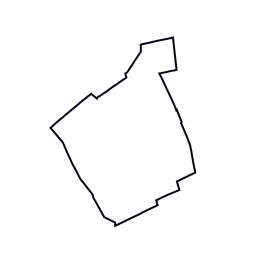 Biled, Timis, Romania (Robinson projection), rotated 103°
{"feature_id": "2599482B65563372669313", "entity_name": "Biled", "entity_type": "district", "adm_level": 2, "iso_a3": "ROU", "parent_name": "Romania", "parent_adm1": "Timis", "projection": "robinson", "projection_center": [20.95, 45.877], "detail": "fine", "context": "isolated", "style": "outline", "palette": "ink", "viewbox_px": 256, "rotation_deg": 103, "n_neighbors": 0, "source": "geoboundaries", "source_scale": "gbopen_adm2", "svg_char_len": 2868}
<svg xmlns="http://www.w3.org/2000/svg" viewBox="0 0 256 256"><g transform="rotate(103 128 128)"><path d="M145.4,203.5L147.7,200.2L150.5,196.5L152.1,194.4L153.8,192.2L156.5,188.5L158.8,186.7L163.3,183.4L165.2,182.0L167.9,179.9L173.3,175.8L175.8,173.9L178.3,171.6L180.7,169.5L182.8,167.7L187.5,163.7L188.0,163.2L188.8,162.4L190.3,160.6L191.0,159.6L194.2,155.7L197.5,151.6L200.7,147.6L203.9,145.9L204.1,145.8L206.6,143.4L210.9,139.5L214.8,136.0L218.8,132.4L219.4,131.8L219.8,131.5L220.2,131.2L220.8,128.7L221.7,124.9L222.7,120.7L223.0,119.2L226.2,118.5L223.1,114.6L220.4,111.3L220.0,110.7L217.2,107.3L215.9,105.6L213.9,103.2L212.9,101.9L210.9,99.4L209.7,97.9L207.1,94.9L205.5,93.0L202.7,89.5L199.7,85.7L197.0,82.3L196.6,81.8L195.2,82.5L193.2,83.7L192.1,84.3L190.6,82.4L187.6,78.6L184.5,74.7L184.1,74.2L180.8,69.5L178.4,66.2L177.8,65.2L176.8,64.0L174.7,65.2L170.5,67.6L169.1,68.3L166.0,64.5L163.2,61.0L162.3,59.9L160.8,58.1L159.1,55.9L157.5,53.9L156.4,52.5L153.1,53.9L146.7,56.8L145.2,57.4L139.8,59.7L136.4,61.1L134.5,61.9L133.6,62.4L131.9,63.1L131.7,63.2L131.0,63.5L130.9,63.5L129.4,64.6L125.6,67.1L122.1,69.4L122.1,69.5L120.6,70.6L117.7,72.7L114.4,75.1L111.7,77.0L111.2,77.4L110.7,77.3L110.3,77.2L109.8,77.3L109.5,77.5L108.1,78.5L105.2,80.5L102.5,82.3L100.7,83.6L99.5,84.3L100.1,84.8L98.9,85.6L98.7,85.6L98.4,85.8L97.7,86.3L94.0,89.1L93.9,89.1L91.0,91.3L87.3,94.2L84.9,96.1L82.8,97.8L80.5,99.6L77.2,102.1L75.2,103.7L71.9,106.3L70.5,107.4L69.1,108.7L67.8,109.7L66.8,107.5L66.1,105.9L65.8,105.3L64.5,102.5L63.5,100.5L62.3,98.0L62.0,97.0L61.7,96.3L60.5,93.8L60.4,93.8L56.8,95.0L53.3,96.3L50.6,97.2L48.2,98.0L44.8,99.3L41.2,100.5L38.7,101.4L35.5,102.5L33.2,103.3L29.8,104.5L30.6,105.9L30.4,105.9L32.4,110.0L34.8,115.4L37.3,120.8L40.7,127.7L41.5,129.4L41.9,130.4L42.6,131.8L43.2,133.1L43.5,133.6L43.9,134.3L45.3,134.0L45.8,133.9L47.9,133.3L49.1,133.0L50.6,132.7L50.8,132.7L52.1,133.2L52.6,133.4L54.8,134.2L56.4,134.8L57.2,135.1L58.4,135.5L59.2,135.9L59.6,136.1L61.1,136.6L62.5,137.0L63.8,137.5L65.7,138.2L66.9,138.6L68.6,139.3L71.1,140.3L71.7,140.5L72.1,140.6L72.6,140.8L73.3,141.1L73.5,141.2L73.8,141.4L74.1,141.6L74.3,141.7L74.6,142.0L75.0,142.3L75.2,142.6L75.5,142.9L79.3,140.9L79.4,141.0L81.8,143.3L84.2,145.5L85.4,146.6L87.3,148.3L88.4,149.3L89.2,150.0L89.4,150.3L91.4,152.1L92.6,153.2L94.2,154.5L95.8,156.0L96.5,156.5L98.1,158.0L100.0,159.8L101.8,161.4L104.6,164.2L105.9,165.4L106.2,164.9L106.3,164.9L104.6,168.3L104.1,169.4L103.2,171.1L102.9,171.5L104.4,172.7L105.5,173.6L107.6,175.3L108.8,176.3L109.6,176.9L111.1,178.1L112.3,179.0L114.6,180.7L116.4,182.0L118.1,183.3L119.0,184.0L120.0,184.7L121.6,186.0L122.1,186.4L123.7,187.6L125.3,188.8L126.6,189.7L128.0,190.8L128.6,191.3L129.2,191.7L130.4,192.7L132.0,193.8L134.0,195.3L135.6,196.6L136.4,197.2L138.9,199.0L140.1,199.9L142.6,201.6L143.8,202.4L145.4,203.5Z" fill="none" stroke="#020617" stroke-width="2"/></g></svg>